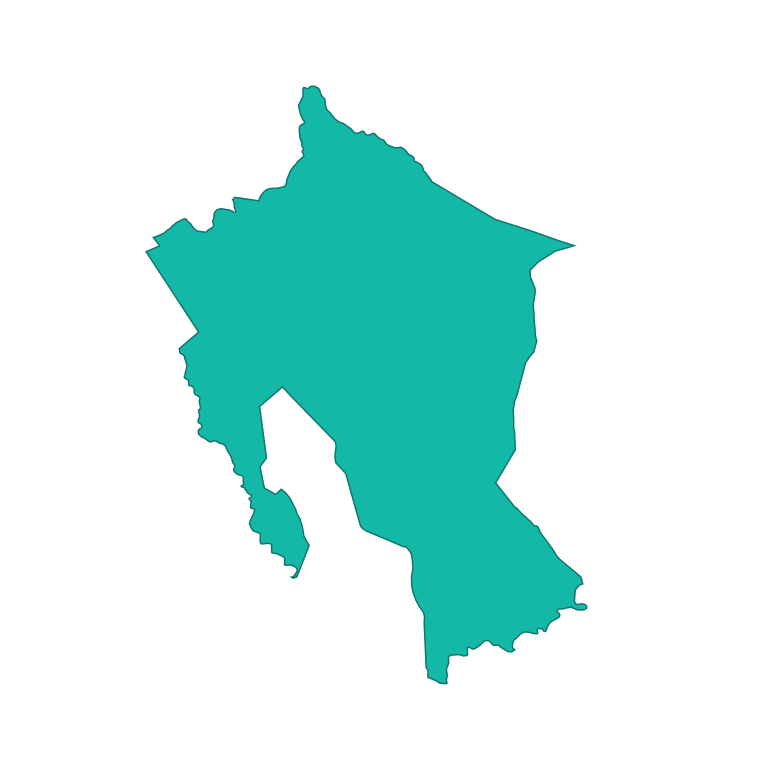 La Paz, La Paz, Honduras (Albers equal-area conic projection), rotated 80°
{"feature_id": "27666195B4973342406625", "entity_name": "La Paz", "entity_type": "district", "adm_level": 2, "iso_a3": "HND", "parent_name": "Honduras", "parent_adm1": "La Paz", "projection": "albers", "projection_center": [-87.743, 14.31], "detail": "fine", "context": "isolated", "style": "filled", "palette": "teal", "viewbox_px": 768, "rotation_deg": 80, "n_neighbors": 0, "source": "geoboundaries", "source_scale": "gbopen_adm2", "svg_char_len": 6151}
<svg xmlns="http://www.w3.org/2000/svg" viewBox="0 0 768 768"><g transform="rotate(80 384 384)"><path d="M615.4,223.0L608.2,223.6L587.3,241.3L583.2,243.9L576.1,246.5L558.2,255.5L551.5,257.2L550.6,257.9L549.7,260.5L549.3,261.1L545.7,263.0L535.9,270.6L529.2,275.0L527.6,276.8L500.8,291.2L471.5,266.1L455.3,264.0L454.6,263.7L450.0,263.9L440.2,262.3L432.0,261.3L423.3,258.2L417.7,254.8L388.2,241.1L387.4,240.6L382.0,235.4L378.6,231.0L368.2,226.1L362.6,226.6L356.1,225.7L348.6,225.2L340.2,224.0L333.9,223.6L329.6,222.5L320.1,219.2L316.0,218.7L303.6,221.3L297.2,220.3L290.5,210.7L282.9,192.3L280.8,172.7L273.0,187.4L257.7,214.5L241.2,246.0L193.2,301.7L190.1,302.8L185.6,305.2L182.9,306.3L182.0,307.3L181.1,307.8L177.0,308.4L175.0,309.1L172.8,311.2L169.9,315.1L169.0,315.4L166.8,315.2L165.7,315.8L164.5,316.8L161.7,320.2L158.0,322.0L155.4,324.3L154.2,325.7L153.8,326.6L153.7,330.2L153.5,331.7L150.2,337.7L148.1,339.9L143.8,341.9L143.2,342.8L142.7,344.2L140.7,346.5L135.5,350.2L135.3,351.5L136.1,354.6L136.2,356.7L135.3,358.5L132.1,360.0L131.4,360.8L131.3,362.0L132.4,365.1L132.4,366.1L132.2,367.6L131.6,369.0L130.9,369.7L126.3,372.8L124.6,374.8L121.3,377.8L120.2,379.1L118.7,381.9L116.8,384.2L115.2,385.6L113.0,387.1L110.4,388.6L108.0,389.5L105.3,391.8L103.9,392.6L102.3,393.0L98.4,393.3L93.1,392.8L89.9,395.2L86.5,396.1L83.2,396.4L81.5,397.2L79.4,399.6L78.3,402.2L78.2,404.5L79.6,406.8L79.8,407.9L79.6,408.8L78.5,410.3L78.1,411.5L78.7,412.1L80.1,412.7L86.6,413.8L94.0,419.2L94.6,419.9L103.9,419.4L110.0,417.8L111.3,417.0L112.3,416.9L113.1,417.1L113.8,417.7L114.1,419.9L115.2,421.7L116.7,422.7L119.2,423.4L126.8,424.0L129.4,423.7L131.3,422.9L133.8,423.4L135.7,423.4L137.1,422.6L138.2,422.4L139.4,422.7L140.2,424.0L141.3,424.3L144.4,423.2L145.1,423.2L146.1,424.1L150.2,430.6L151.8,432.1L154.2,435.4L157.3,438.6L158.7,439.7L165.5,443.9L169.4,445.3L171.8,446.7L172.3,448.6L172.7,454.3L172.6,456.1L172.0,459.0L171.8,461.9L171.9,464.0L172.3,465.8L173.7,468.5L176.3,471.7L177.5,472.8L181.8,475.7L174.3,498.4L175.9,500.8L180.4,500.2L181.9,500.3L183.3,500.8L187.4,500.1L188.5,500.2L189.0,500.6L189.2,501.2L189.1,501.9L187.4,503.5L185.3,507.0L185.0,508.6L183.1,513.7L183.1,516.1L183.7,518.5L185.3,520.7L187.7,522.1L190.5,522.5L194.2,524.6L196.9,524.1L199.7,524.8L201.4,529.4L203.7,533.3L202.1,537.6L201.4,540.2L200.1,542.3L197.5,544.5L192.6,546.7L189.5,549.2L187.4,550.2L186.7,551.5L186.9,553.4L188.8,559.6L189.4,561.0L191.7,565.1L193.6,567.5L194.7,570.1L197.2,574.4L199.1,581.7L199.7,585.7L209.0,580.9L212.4,595.3L300.8,557.5L313.7,579.6L314.7,579.2L316.8,579.5L318.2,579.4L320.3,576.6L321.6,575.9L324.3,575.8L327.5,575.2L331.1,574.8L333.6,575.4L338.5,577.8L340.9,578.5L342.5,579.5L343.0,579.5L344.4,578.4L345.6,576.5L346.1,576.1L347.1,576.0L350.6,576.4L351.5,576.2L352.2,575.4L352.5,573.9L353.3,572.8L356.6,571.6L359.2,572.4L360.7,572.3L361.5,571.7L362.7,570.1L364.8,568.1L365.7,567.7L366.6,567.9L367.6,568.5L369.3,569.0L375.3,568.8L376.9,569.7L377.2,570.9L377.8,571.3L380.4,571.1L383.9,571.2L387.7,573.3L389.2,573.7L389.8,573.6L391.5,571.2L393.9,570.8L395.0,570.9L395.7,571.3L396.2,573.3L397.1,574.6L398.4,575.1L400.8,575.3L401.9,574.8L403.9,573.2L406.7,569.7L410.7,565.9L410.9,564.6L410.5,561.2L410.8,560.0L411.7,558.3L413.5,556.6L415.0,553.4L416.6,551.4L418.5,550.6L423.1,549.6L427.7,547.7L432.0,546.8L435.2,546.6L437.0,545.6L438.1,545.3L439.4,545.3L442.8,547.0L443.5,546.9L445.3,546.0L447.1,544.5L448.4,542.7L448.7,541.2L449.0,540.5L449.9,539.6L451.2,539.0L452.3,538.8L455.5,539.6L458.5,539.6L459.0,540.4L459.4,542.1L460.1,542.4L460.6,542.1L461.6,539.7L463.0,539.0L464.3,538.9L464.6,538.1L465.0,537.8L466.3,537.9L467.1,537.6L470.9,533.8L471.5,533.7L471.9,534.0L473.4,536.8L477.1,535.2L479.2,536.0L482.5,536.9L483.3,536.4L484.2,533.7L484.9,533.3L486.0,533.5L490.3,535.6L491.8,537.0L497.2,540.5L498.8,540.6L503.8,539.5L506.3,537.8L509.0,532.9L510.0,532.1L511.7,532.1L517.6,533.3L518.9,533.3L519.9,532.9L520.3,532.0L520.9,525.0L521.6,523.6L522.3,523.0L523.6,522.8L529.7,523.8L530.9,523.6L532.6,518.7L536.5,513.3L537.5,512.4L538.3,512.2L539.9,512.3L543.9,513.3L545.1,513.0L545.7,511.7L545.7,508.9L546.2,507.0L548.2,503.7L549.4,502.5L551.4,501.7L552.7,501.9L554.1,502.6L557.7,506.3L558.1,507.2L558.1,508.6L559.4,507.4L558.8,503.3L530.1,485.8L520.0,489.3L510.5,489.2L502.3,490.2L495.8,492.4L492.1,492.8L480.0,496.5L473.5,500.2L469.8,503.5L473.9,509.9L465.6,519.9L444.0,520.5L436.5,512.6L384.5,510.4L369.2,484.4L378.9,478.3L432.3,442.0L435.9,441.9L438.0,442.2L441.4,443.4L447.9,445.1L453.2,445.1L465.6,437.2L519.6,431.8L521.3,431.0L523.9,428.9L525.5,427.2L547.6,393.0L548.5,390.2L553.3,387.6L555.1,386.9L557.7,386.5L564.8,386.9L568.8,387.3L571.3,387.7L577.3,389.9L579.9,390.6L586.4,391.5L591.7,391.8L595.4,391.4L602.8,390.0L610.0,387.6L615.1,385.0L617.1,384.7L620.3,384.5L626.7,386.0L670.8,391.7L672.3,390.9L674.2,390.4L679.6,391.6L680.4,391.6L681.0,391.1L681.8,389.5L684.6,385.2L688.3,380.9L689.3,377.5L689.9,374.3L689.6,373.9L688.9,373.8L686.6,374.1L682.1,372.3L675.8,372.1L670.1,368.8L664.5,368.1L663.5,367.3L663.0,366.3L662.7,364.5L663.4,358.1L663.8,356.4L665.6,352.9L665.8,349.8L665.4,349.0L664.7,348.6L660.2,348.1L658.0,347.4L657.9,346.6L658.2,345.6L660.4,342.8L660.6,341.1L659.5,338.3L657.8,334.8L655.1,330.7L654.5,328.9L654.4,327.5L654.8,326.1L655.8,324.6L660.4,321.7L661.0,316.7L663.8,314.4L668.7,308.9L669.6,306.5L669.9,304.3L668.5,301.4L668.0,301.7L666.8,302.9L665.1,303.2L661.4,302.2L659.3,301.0L658.2,299.8L657.7,298.3L654.4,293.8L653.2,291.3L652.7,289.2L652.9,286.6L654.1,283.3L655.7,280.2L656.5,276.8L656.2,276.1L655.6,275.8L654.8,275.7L653.5,276.1L652.3,275.9L651.7,275.3L651.6,274.3L652.7,270.6L653.2,270.2L654.4,269.9L655.4,269.3L655.7,268.4L655.6,267.6L650.8,264.8L648.0,262.2L646.9,260.2L644.4,253.0L643.6,251.6L642.4,251.1L641.1,251.1L637.9,253.3L637.0,252.7L636.3,251.4L636.1,249.8L636.6,246.5L636.1,241.2L636.2,239.2L636.7,237.8L639.7,233.4L640.3,231.9L641.1,227.2L640.6,224.7L640.0,223.6L639.2,223.1L637.7,223.2L636.5,224.0L635.6,225.2L635.1,226.2L634.8,228.1L634.8,231.4L634.4,232.5L633.9,233.2L633.1,233.7L630.9,234.2L621.2,231.7L619.8,231.0L618.3,229.6L616.0,226.5L615.4,223.0Z" fill="#14b8a6" stroke="#0f766e" stroke-width="1.5"/></g></svg>